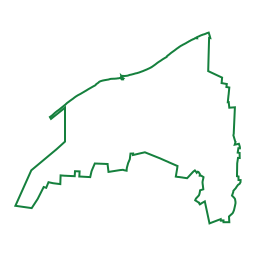 outline of Hunucmá, Yucatán, Mexico
{"feature_id": "50627088B21160446054995", "entity_name": "Hunucmá", "entity_type": "district", "adm_level": 2, "iso_a3": "MEX", "parent_name": "Mexico", "parent_adm1": "Yucatán", "projection": "natural_earth1", "projection_center": [-89.972, 21.073], "detail": "fine", "context": "isolated", "style": "outline", "palette": "green", "viewbox_px": 256, "rotation_deg": 0, "n_neighbors": 0, "source": "geoboundaries", "source_scale": "gbopen_adm2", "svg_char_len": 4969}
<svg xmlns="http://www.w3.org/2000/svg" viewBox="0 0 256 256"><path d="M231.4,214.3L231.5,214.3L232.6,213.2L233.0,212.6L234.0,210.1L235.0,205.8L235.5,203.3L235.5,201.9L235.0,199.0L234.1,197.7L232.0,195.6L233.2,192.2L233.4,190.8L234.7,189.3L235.6,188.4L236.6,186.8L238.0,184.9L239.6,183.8L240.5,182.2L240.6,180.1L238.5,180.0L238.5,176.5L237.0,176.2L237.0,174.8L237.2,163.3L237.7,160.0L238.0,157.9L239.7,158.0L239.6,152.9L237.7,152.6L238.4,148.2L239.9,148.3L239.9,148.1L239.9,147.2L239.7,146.4L239.3,145.0L238.9,143.8L234.7,144.7L235.5,141.9L235.3,141.8L233.4,135.3L233.4,135.1L233.7,134.2L233.7,134.3L234.9,107.3L229.3,107.7L228.7,102.1L227.8,102.2L228.5,95.3L228.6,94.8L229.3,87.5L226.4,87.0L226.8,84.0L221.6,83.1L222.1,77.6L219.5,76.4L208.2,71.1L208.6,55.6L209.1,37.9L210.3,38.1L209.8,36.2L208.7,32.6L206.8,33.2L206.6,33.3L205.5,33.8L204.4,34.2L203.8,34.4L202.9,34.6L202.3,34.9L201.6,35.1L200.4,35.6L199.8,35.9L199.0,36.3L197.8,36.8L196.9,37.2L196.1,37.7L196.1,37.8L196.3,37.8L196.6,37.8L196.8,37.7L196.9,37.8L197.0,38.0L197.1,38.3L196.9,38.3L196.7,38.3L196.4,38.1L196.2,38.0L195.8,38.2L195.4,38.2L195.1,38.2L194.8,38.3L194.6,38.5L194.2,38.8L193.9,38.9L193.7,39.0L193.4,39.2L193.1,39.2L192.5,39.5L192.2,39.7L191.9,39.8L191.6,39.9L191.4,40.0L191.1,40.2L190.9,40.3L190.6,40.5L190.1,40.8L189.2,41.2L188.5,41.7L187.5,42.2L186.7,42.7L185.7,43.3L184.9,43.7L183.8,44.3L183.1,44.6L182.5,45.0L180.8,45.9L178.7,47.3L178.6,47.5L178.2,47.7L177.9,47.9L176.9,48.6L175.6,49.6L174.3,50.6L173.7,51.0L173.2,51.4L172.7,51.7L172.2,52.1L171.6,52.5L170.7,53.2L169.6,54.1L169.4,54.3L168.9,54.7L168.2,55.2L167.9,55.4L167.8,55.6L167.3,55.9L166.7,56.6L166.7,56.9L166.1,57.3L164.8,58.0L163.2,59.0L162.5,59.4L162.1,59.7L161.4,60.2L159.9,61.2L158.9,61.8L157.9,62.5L156.8,63.3L155.3,64.5L152.2,66.7L151.3,67.2L151.3,67.3L150.9,67.5L150.3,67.8L149.1,68.4L148.2,68.8L147.1,69.3L146.6,69.6L145.9,69.8L144.8,70.3L144.3,70.5L144.0,70.6L143.6,70.8L142.4,71.3L141.7,71.5L140.7,71.9L138.8,72.6L138.0,72.8L137.5,73.0L136.7,73.2L135.6,73.4L134.2,73.8L133.3,74.1L132.8,74.2L131.3,74.6L129.7,74.9L129.3,75.0L129.2,75.1L128.8,75.3L128.4,75.4L127.8,75.6L126.6,75.8L125.8,75.9L124.3,76.0L122.6,75.9L121.3,75.8L121.2,75.7L121.3,76.3L121.4,76.8L121.6,77.2L121.6,77.3L121.6,77.6L121.6,77.8L121.7,78.1L121.7,78.3L121.8,78.3L122.0,78.3L122.3,78.3L122.6,78.2L122.9,78.2L123.0,78.1L123.3,78.3L123.1,78.4L122.9,78.4L122.8,78.5L123.0,79.2L122.8,79.2L122.7,78.6L122.6,78.4L122.3,78.5L122.5,79.4L122.3,79.4L122.1,78.6L121.7,78.6L121.8,78.7L121.9,79.3L121.6,79.3L121.5,79.2L121.5,78.8L121.4,78.7L121.5,78.6L121.4,78.5L121.4,78.4L121.4,78.2L121.3,77.7L121.2,77.7L121.1,76.9L121.1,76.5L121.0,76.9L121.0,77.6L119.5,78.1L118.6,78.3L118.1,78.3L117.5,78.4L117.0,78.5L115.9,78.6L114.7,78.7L111.8,78.8L110.7,78.9L110.2,79.0L109.9,79.1L109.5,79.2L108.9,79.4L108.1,79.6L107.4,79.7L106.7,79.8L105.8,80.0L105.5,80.0L105.2,80.1L104.6,80.2L104.3,80.2L103.8,80.4L103.2,80.4L103.0,80.5L101.1,81.0L99.6,81.6L99.4,81.7L98.9,82.1L98.6,82.5L98.4,82.6L98.0,82.9L97.8,83.1L97.5,83.3L97.4,83.4L97.2,83.5L96.7,83.8L96.2,84.2L96.0,84.5L95.8,84.7L95.6,85.0L94.8,85.6L93.6,86.2L92.0,87.1L90.1,88.2L88.5,89.1L86.9,90.1L80.3,94.0L77.8,95.3L75.9,96.5L74.5,97.5L73.0,98.7L72.3,99.2L72.0,99.4L71.4,99.8L70.9,100.2L70.2,100.7L69.6,101.1L69.0,101.6L67.3,102.8L66.3,103.7L65.6,104.4L63.5,106.1L61.5,107.7L60.4,108.6L59.7,109.2L58.1,110.4L57.2,111.0L55.2,112.6L54.1,113.6L52.6,115.0L51.5,115.9L49.9,117.0L51.0,118.9L65.0,107.7L65.0,141.6L56.7,149.1L31.3,170.3L15.4,205.8L31.7,208.1L37.7,198.9L43.7,187.0L46.2,187.8L48.5,182.2L53.0,183.2L60.3,184.1L60.6,175.4L64.2,175.7L74.7,176.2L75.0,171.2L79.6,171.4L79.3,176.5L90.2,177.1L91.5,171.4L91.9,170.3L94.8,163.5L107.6,164.0L107.7,165.3L108.5,171.9L110.1,171.7L110.5,171.6L120.0,170.1L123.0,169.8L124.0,170.2L126.6,170.7L126.7,169.1L126.9,167.6L128.2,162.9L128.4,162.5L129.8,159.2L130.5,153.6L133.1,153.5L133.0,155.0L134.5,154.7L140.8,153.2L144.9,152.3L154.6,156.2L159.9,158.3L164.4,160.3L166.0,161.0L167.9,161.8L169.1,162.4L169.6,162.6L176.5,165.6L177.5,166.0L177.1,168.9L175.8,176.6L176.4,176.7L177.7,176.9L178.9,177.0L180.3,177.2L181.6,177.4L182.0,177.4L182.9,177.6L184.3,177.8L187.1,178.2L188.2,177.1L191.3,173.7L193.2,171.7L194.9,170.4L195.2,170.7L195.4,171.0L195.6,171.3L195.9,171.7L196.3,172.1L196.7,172.8L197.7,171.7L198.3,171.9L198.3,172.0L198.6,172.3L198.9,172.6L199.2,173.0L199.9,174.1L199.7,175.7L201.3,175.7L201.4,175.8L203.5,177.1L203.5,177.3L203.3,178.3L203.0,179.6L202.7,180.9L202.5,182.2L202.6,183.4L202.7,184.4L202.9,185.7L203.0,186.9L203.2,188.1L203.3,189.2L203.3,189.3L200.1,190.3L199.9,191.6L199.6,193.2L199.3,194.4L198.9,195.4L197.5,196.9L196.0,198.5L195.9,198.7L195.5,199.5L195.2,200.3L198.8,202.6L198.9,202.8L199.0,202.8L199.0,203.0L199.2,203.3L199.4,203.4L199.4,203.7L199.8,204.4L200.5,204.1L201.3,203.4L204.8,201.4L209.5,223.4L220.7,219.1L220.8,220.7L222.7,220.7L222.7,220.4L223.5,220.4L223.5,222.2L229.3,222.2L229.0,216.5L231.4,214.3Z" fill="none" stroke="#15803d" stroke-width="2"/></svg>